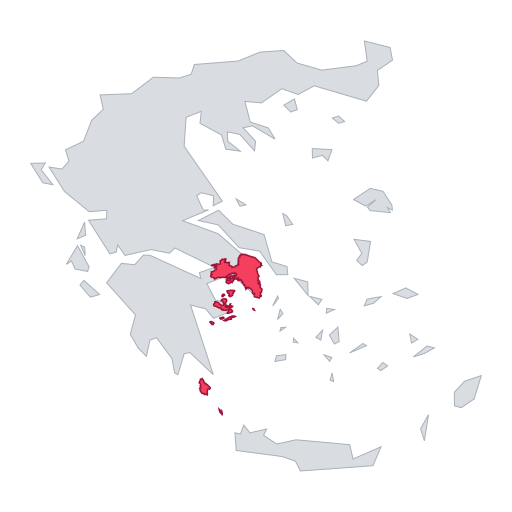 Attikis, Attiki, Greece (highlighted)
{"feature_id": "26713481B5850386890635", "entity_name": "Attikis", "entity_type": "district", "adm_level": 2, "iso_a3": "GRC", "parent_name": "Greece", "parent_adm1": "Attiki", "projection": "robinson", "projection_center": [23.511, 37.081], "detail": "fine", "context": "in_parent", "style": "filled", "palette": "rose", "viewbox_px": 512, "rotation_deg": 0, "n_neighbors": 0, "source": "geoboundaries", "source_scale": "gbopen_adm2", "svg_char_len": 9687}
<svg xmlns="http://www.w3.org/2000/svg" viewBox="0 0 512 512"><path d="M364.4,41.0L390.1,47.5L392.5,60.1L377.4,70.4L378.8,85.6L366.4,101.2L314.2,85.8L298.2,94.4L281.8,88.7L261.4,102.9L244.9,101.4L250.3,122.1L268.3,127.9L275.1,139.2L252.7,125.9L243.1,127.8L255.6,141.3L254.5,150.8L239.8,134.4L227.4,131.9L227.8,141.3L240.3,151.2L225.8,149.2L221.5,134.9L200.0,123.3L201.3,111.3L186.1,117.3L184.1,146.2L222.3,201.1L213.2,205.8L213.6,195.8L201.1,192.7L196.8,195.8L199.2,201.4L203.4,210.3L208.6,209.8L182.6,220.7L218.3,233.8L240.9,253.4L255.7,258.4L260.4,294.4L256.0,296.5L231.4,273.7L206.9,283.6L215.4,300.1L225.8,302.6L230.7,311.5L213.5,318.3L205.8,308.9L190.5,305.0L213.3,374.7L190.0,352.6L184.2,353.6L177.9,374.7L174.6,372.9L171.9,358.5L156.5,337.7L149.9,340.2L146.4,356.3L138.3,348.2L130.3,334.4L135.5,314.9L106.6,282.8L121.4,263.4L134.7,264.7L143.5,255.0L150.2,255.4L200.8,278.5L199.4,272.6L214.7,267.4L174.8,248.0L169.5,253.2L150.9,249.6L125.1,255.4L117.7,244.9L116.2,252.1L109.9,253.9L88.5,220.2L106.5,218.8L106.9,210.3L89.2,211.7L64.4,191.4L49.1,167.1L62.0,169.0L69.0,161.1L65.5,149.9L83.6,141.2L91.6,120.4L103.3,109.3L100.1,94.9L131.7,93.7L153.4,77.2L179.3,78.0L191.2,74.2L194.3,64.5L238.2,61.0L259.9,52.1L283.8,50.5L297.0,63.0L321.7,70.1L356.4,65.7L367.2,61.1L364.4,41.0ZM249.9,432.8L266.6,429.0L263.6,435.3L276.6,444.0L296.1,439.8L349.7,444.7L353.0,459.0L381.0,446.8L373.0,465.7L300.4,471.0L295.5,461.2L282.5,456.6L236.2,450.5L235.0,432.8L240.4,434.1L243.8,425.1L249.9,432.8ZM218.6,210.2L232.6,224.1L264.1,234.6L271.9,261.9L287.0,266.5L287.8,274.6L276.4,274.7L259.6,251.1L239.2,247.7L218.3,224.9L198.4,220.5L218.6,210.2ZM383.0,191.3L392.0,205.3L392.3,210.2L387.3,207.5L390.4,212.6L370.2,210.6L367.4,207.1L376.0,199.7L365.6,206.1L353.6,199.5L370.2,188.4L383.0,191.3ZM461.2,407.7L454.5,405.9L454.3,392.3L464.6,381.2L481.3,375.6L474.1,399.0L461.2,407.7ZM367.2,262.0L362.3,265.6L356.6,260.4L361.8,253.4L354.0,239.3L370.5,241.5L367.2,262.0ZM77.5,245.6L89.1,266.8L87.6,271.4L75.2,269.1L71.5,261.0L66.3,264.4L77.5,245.6ZM52.9,184.7L42.8,182.8L30.7,163.4L45.3,163.0L41.1,169.7L52.9,184.7ZM332.0,149.6L327.9,160.8L322.3,155.3L312.5,158.0L312.3,148.6L332.0,149.6ZM405.8,287.9L418.0,294.4L407.0,298.5L393.1,293.5L405.8,287.9ZM297.3,109.7L290.7,112.0L283.9,105.2L294.4,98.9L297.3,109.7ZM83.9,280.4L99.6,294.5L90.4,297.2L80.0,285.1L83.9,280.4ZM339.1,341.6L334.4,344.0L329.4,335.1L337.9,327.0L339.1,341.6ZM307.7,281.9L308.1,295.5L294.2,278.3L307.7,281.9ZM428.5,414.6L424.4,440.8L420.6,428.8L428.5,414.6ZM85.6,235.2L77.2,238.8L84.6,222.1L85.6,235.2ZM210.0,387.5L200.1,389.1L202.2,378.7L210.0,387.5ZM413.3,356.9L427.1,346.0L434.4,347.9L423.9,353.7L413.3,356.9ZM364.2,305.8L367.2,299.1L381.1,296.6L373.5,303.3L364.2,305.8ZM322.6,330.1L320.8,340.1L315.9,337.3L322.6,330.1ZM321.9,299.4L318.3,304.8L309.9,296.4L321.9,299.4ZM292.7,224.4L285.7,225.7L282.8,213.5L286.9,215.9L292.7,224.4ZM344.6,121.6L338.8,123.3L332.3,118.1L338.5,116.0L344.6,121.6ZM285.9,354.6L285.7,359.6L274.9,361.5L276.5,355.8L285.9,354.6ZM366.5,345.7L349.6,352.9L363.1,343.5L366.5,345.7ZM278.6,298.2L272.7,305.9L277.5,296.1L278.6,298.2ZM334.5,309.5L326.3,313.2L326.6,308.4L334.5,309.5ZM387.6,365.9L380.8,370.6L377.5,368.4L382.8,362.5L387.6,365.9ZM417.8,339.4L411.5,343.0L409.8,334.0L417.8,339.4ZM282.9,313.6L277.5,319.5L280.2,309.3L282.9,313.6ZM84.7,247.1L85.1,255.6L80.7,245.3L84.7,247.1ZM331.9,357.5L329.7,361.3L324.1,354.9L331.9,357.5ZM245.9,204.9L239.9,206.2L236.2,198.9L245.9,204.9ZM233.9,280.6L229.5,282.1L227.0,280.3L230.4,276.4L233.9,280.6ZM285.5,327.3L280.0,331.1L280.8,327.6L285.5,327.3ZM332.1,373.0L333.6,381.5L330.1,380.3L332.1,373.0ZM297.9,342.8L293.3,342.1L293.5,338.2L297.9,342.8Z" fill="#d9dde1" stroke="#a8b0b8" stroke-width="1"/><path d="M211.7,265.2L211.6,265.5L211.9,265.5L213.0,265.5L213.6,265.2L215.0,265.4L216.7,265.9L216.8,266.2L216.6,266.7L214.4,266.9L214.5,267.9L215.8,267.9L216.4,268.5L216.3,269.6L214.4,270.4L214.0,271.2L211.2,272.0L211.4,272.4L211.1,274.0L211.9,274.6L211.0,275.0L210.6,276.2L211.1,276.9L214.1,277.9L214.5,279.0L215.3,278.8L217.1,277.6L219.3,277.3L220.9,277.7L222.1,277.3L223.7,277.3L224.2,277.6L225.5,277.5L227.1,277.8L226.9,277.5L225.4,277.1L225.6,276.8L226.9,276.6L227.0,275.9L228.1,275.2L228.7,274.4L230.9,274.2L231.2,273.5L232.0,273.4L232.4,273.1L233.8,273.7L234.3,273.3L234.7,273.5L234.8,272.9L235.2,273.0L236.4,274.0L236.4,274.8L236.1,275.1L236.4,275.3L235.7,276.1L234.6,276.0L235.0,276.3L234.1,277.2L234.2,278.1L235.3,278.3L236.0,278.9L236.3,279.0L236.4,278.5L236.8,278.4L236.7,278.5L237.2,278.6L236.8,279.1L237.8,279.6L238.3,279.6L238.5,279.1L238.6,279.7L237.6,279.9L238.3,280.6L238.8,280.5L239.3,280.2L239.0,280.2L239.0,279.8L239.5,280.0L240.2,279.9L240.4,279.5L240.8,279.5L241.2,280.0L240.9,280.4L240.7,280.1L240.8,280.4L241.8,281.1L241.9,281.5L242.0,281.3L242.5,281.7L242.8,282.0L242.7,282.8L243.0,283.1L243.1,283.8L244.4,284.8L244.0,285.3L245.4,286.5L245.4,287.4L244.7,287.8L245.4,287.7L245.6,288.3L245.7,287.8L246.0,287.8L246.4,288.8L246.9,288.4L247.2,287.4L247.8,287.3L248.4,288.0L248.8,288.0L248.8,287.6L249.2,287.7L249.4,288.1L250.6,288.6L250.7,288.9L252.3,290.3L252.5,292.9L252.8,293.7L253.5,294.0L254.3,293.4L254.7,293.7L254.2,294.6L254.3,296.6L254.5,296.8L259.2,298.0L259.7,297.0L261.0,296.4L261.3,296.1L261.3,295.7L260.5,295.3L260.9,295.2L260.9,294.7L260.3,292.9L260.9,292.2L261.5,292.2L261.4,291.4L261.8,290.7L262.0,289.1L260.0,287.2L260.5,285.0L259.8,284.5L259.9,283.8L259.4,283.9L259.4,284.2L258.8,284.1L258.0,283.0L258.4,282.7L259.8,282.5L259.9,282.0L259.2,280.9L257.8,280.5L258.4,279.6L257.8,278.1L258.0,277.1L259.1,276.3L257.5,273.5L257.4,271.6L256.6,270.3L256.5,269.3L256.8,268.6L258.0,267.6L259.2,266.9L260.4,266.9L260.7,265.7L261.7,265.4L261.4,265.1L260.9,265.0L260.6,264.4L260.8,263.7L261.3,263.7L261.3,263.2L260.2,262.7L259.1,261.8L255.0,257.7L252.6,256.9L251.9,257.1L250.6,256.3L248.9,256.0L247.4,255.2L246.3,255.4L245.6,254.4L243.9,254.6L243.1,254.3L242.4,254.6L241.2,254.2L241.0,255.3L239.9,255.4L239.6,255.9L239.9,256.8L239.1,257.0L238.3,258.5L238.5,259.3L238.2,260.6L238.5,260.6L238.3,261.2L238.6,261.5L238.2,262.5L238.6,263.1L237.8,264.0L237.9,264.7L238.2,264.8L236.5,265.8L235.4,265.9L235.1,266.7L234.3,267.1L232.1,267.3L232.1,266.6L231.7,266.1L230.4,265.9L229.2,265.4L229.2,264.9L229.4,264.5L229.0,263.0L229.2,262.6L228.5,262.8L228.3,262.8L228.3,262.5L227.1,262.6L226.5,262.8L225.7,262.3L224.7,262.3L224.5,261.3L225.6,260.9L225.5,260.3L225.8,259.7L225.8,258.9L225.1,258.8L224.0,259.4L222.1,259.2L221.2,260.4L220.4,260.6L220.1,261.2L220.4,263.5L220.1,264.1L217.6,264.2L216.7,263.8L216.2,264.3L214.7,264.3L211.7,265.2ZM203.6,381.0L202.2,378.6L201.6,379.1L200.6,379.2L200.8,379.7L200.0,380.6L199.8,381.5L199.1,382.7L200.4,383.9L200.7,384.7L200.2,385.8L200.3,386.4L200.9,387.2L200.8,387.6L200.3,387.7L199.6,388.4L200.4,389.7L200.1,390.6L201.9,393.3L203.4,393.5L204.3,394.3L204.8,393.9L205.1,394.5L206.1,394.2L207.3,394.9L207.5,393.7L207.2,391.8L207.7,389.3L208.5,388.8L209.6,389.2L210.3,388.0L210.2,387.6L207.5,385.0L205.6,383.7L205.0,383.6L204.1,382.7L203.7,382.1L203.6,381.0ZM227.3,313.3L228.6,313.2L231.4,312.4L232.4,311.8L232.0,311.4L232.4,310.8L231.1,309.4L230.1,309.3L230.0,308.7L228.2,307.6L226.0,307.0L225.5,307.1L225.4,306.5L226.5,306.4L227.0,306.0L226.9,305.8L224.3,304.1L225.2,303.9L225.5,302.6L226.3,301.7L226.8,300.5L226.1,299.1L225.1,298.8L223.3,299.0L222.0,299.3L221.9,299.8L221.1,300.3L221.1,300.6L222.2,300.9L223.3,302.3L224.2,304.5L222.4,305.6L221.6,305.6L220.9,304.7L219.6,304.3L218.8,303.1L217.9,302.5L215.5,301.6L214.7,302.0L215.0,302.6L214.8,303.3L214.0,303.8L213.6,304.9L213.8,305.5L214.3,306.1L216.5,306.3L216.8,306.8L218.2,307.6L219.3,307.6L219.2,308.0L219.4,308.1L220.9,307.9L221.3,308.4L221.3,309.6L222.1,309.8L222.9,309.5L223.2,310.3L224.1,310.0L226.3,310.5L227.2,309.7L228.9,310.1L228.8,311.0L227.3,312.8L227.3,313.3ZM232.7,276.6L232.2,276.2L230.8,275.7L229.8,276.1L230.1,276.8L229.8,277.1L229.1,277.3L228.0,276.8L227.0,276.9L226.9,277.2L228.7,277.6L228.2,278.2L227.0,278.5L227.2,279.0L227.8,278.7L229.2,278.9L230.0,278.3L231.1,278.4L229.6,280.7L227.6,280.4L226.8,280.6L226.4,280.3L226.5,281.1L226.2,281.5L226.4,282.2L226.2,282.6L227.8,283.2L228.4,283.8L230.1,283.0L230.7,282.2L232.1,282.5L231.9,281.4L232.9,281.4L233.2,280.8L233.3,279.6L235.2,279.3L233.2,279.2L233.9,278.9L232.9,278.6L232.6,278.2L233.5,276.1L232.7,276.6ZM230.6,290.3L227.3,290.8L226.9,291.1L227.6,292.1L227.4,292.1L227.8,293.1L229.0,293.7L229.3,294.0L229.6,295.0L228.7,295.5L228.8,295.8L230.1,296.7L232.6,295.4L232.4,294.3L232.8,293.7L233.4,293.2L233.2,292.2L234.2,291.8L234.7,290.9L234.6,290.5L230.6,290.3ZM235.4,316.4L233.7,315.9L233.1,316.3L232.2,315.9L230.5,316.8L229.3,317.1L227.9,318.1L225.2,319.5L224.6,320.2L224.0,320.5L224.6,320.7L225.5,320.5L225.8,320.9L227.6,320.1L228.5,319.4L231.2,319.3L231.4,319.1L231.4,317.7L234.7,316.9L235.4,316.4ZM232.6,306.3L231.5,306.0L230.4,305.1L230.2,304.4L230.5,303.9L230.3,303.9L229.8,304.3L229.8,305.5L228.4,306.1L227.3,306.0L227.3,306.4L228.6,307.1L229.2,307.9L229.3,307.8L229.1,307.3L229.4,307.2L230.8,307.6L231.9,307.2L232.6,306.3ZM212.3,321.9L210.9,321.5L210.6,322.0L210.2,321.8L209.9,322.0L212.0,324.6L213.1,324.5L213.9,323.3L213.8,322.8L212.3,321.9ZM220.2,410.4L219.1,409.2L219.2,409.9L220.2,412.6L221.6,413.7L222.1,414.6L222.3,414.2L222.2,412.7L221.7,410.9L221.1,410.2L220.2,410.4ZM224.0,317.9L223.5,317.2L223.0,317.2L222.9,317.8L222.6,318.2L222.4,318.2L222.4,317.7L222.0,317.4L220.9,317.9L219.9,317.9L219.8,318.2L220.8,319.1L221.7,319.1L223.7,318.4L224.0,317.9ZM224.2,294.3L222.9,294.2L222.6,294.7L221.9,295.9L222.1,296.5L222.9,296.7L223.5,295.8L224.6,295.2L224.2,294.3ZM253.9,308.9L252.1,308.4L253.1,309.0L253.6,309.9L254.5,310.2L253.9,308.9Z" fill="#f43f5e" stroke="#9f1239" stroke-width="1.5"/></svg>